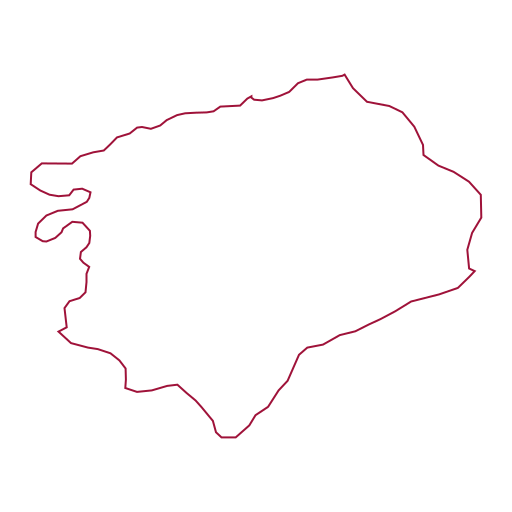 outline of Fuzuli District, Füzuli, Azerbaijan
{"feature_id": "54616110B29637726057754", "entity_name": "Fuzuli District", "entity_type": "district", "adm_level": 2, "iso_a3": "AZE", "parent_name": "Azerbaijan", "parent_adm1": "Füzuli", "projection": "natural_earth1", "projection_center": [47.279, 39.566], "detail": "fine", "context": "isolated", "style": "outline", "palette": "rose", "viewbox_px": 512, "rotation_deg": 0, "n_neighbors": 0, "source": "geoboundaries", "source_scale": "gbopen_adm2", "svg_char_len": 1612}
<svg xmlns="http://www.w3.org/2000/svg" viewBox="0 0 512 512"><path d="M251.4,96.3L247.3,98.6L240.1,105.6L220.3,106.6L213.6,111.3L206.7,112.4L195.9,112.7L185.1,113.3L177.1,115.1L166.7,120.1L160.2,125.5L150.9,128.8L142.0,127.0L137.1,127.6L129.7,133.5L117.0,137.4L110.0,144.6L103.8,150.5L93.3,152.3L80.4,156.2L72.0,163.6L41.8,163.4L31.3,172.3L30.7,184.2L40.3,190.5L49.5,194.7L58.5,196.2L69.2,195.3L73.6,189.6L82.2,188.7L90.5,192.3L89.3,197.9L86.8,201.8L80.0,205.4L72.6,209.3L57.8,210.8L46.4,215.5L38.1,223.6L35.6,232.0L35.6,237.0L42.7,241.2L46.4,241.5L55.3,237.9L61.5,232.3L63.1,228.4L72.3,221.8L82.5,222.7L89.9,230.8L90.2,235.8L89.3,243.0L86.5,247.2L80.9,252.0L80.0,258.8L83.4,262.7L89.2,266.9L86.5,273.8L86.5,282.1L85.5,292.3L79.7,298.0L69.5,301.2L64.5,308.1L66.7,327.3L58.5,331.6L71.0,343.1L88.0,347.6L97.8,349.1L110.5,353.3L119.4,360.4L125.6,368.5L125.9,379.6L125.3,388.0L137.0,391.9L151.8,390.4L167.2,385.9L177.4,384.7L186.7,393.1L195.6,400.5L201.5,407.1L212.9,420.9L216.0,432.3L221.5,437.4L227.8,437.4L235.7,437.4L249.3,425.4L255.5,415.2L268.1,406.8L278.6,390.4L287.6,380.8L299.0,354.8L307.3,347.6L323.0,344.6L339.8,335.1L355.3,331.3L369.2,324.3L380.3,319.2L395.2,311.3L411.1,301.5L439.1,294.4L457.9,287.9L469.4,276.7L474.7,271.1L469.1,268.5L467.3,249.8L472.1,232.9L481.3,217.6L480.8,194.8L469.0,181.7L453.7,171.9L438.4,165.6L423.5,155.0L423.0,144.9L414.3,126.7L402.4,112.3L389.3,106.0L367.0,101.8L353.0,88.2L344.6,74.6L342.4,75.8L332.9,77.4L317.5,79.6L306.8,79.6L298.0,83.2L289.2,91.9L280.3,95.7L273.1,98.1L262.0,100.4L254.1,99.7L251.4,97.6L251.4,96.3Z" fill="none" stroke="#9f1239" stroke-width="2"/></svg>